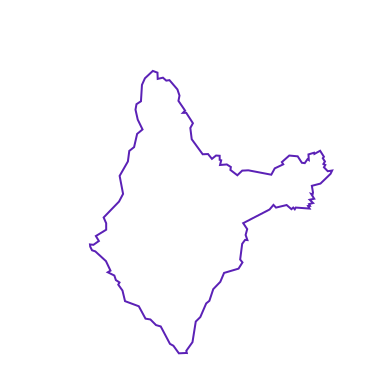 Debartsa, Debarca, North Macedonia, rotated 228°
{"feature_id": "65306769B78023528365293", "entity_name": "Debartsa", "entity_type": "district", "adm_level": 2, "iso_a3": "MKD", "parent_name": "North Macedonia", "parent_adm1": "Debarca", "projection": "natural_earth1", "projection_center": [20.818, 41.302], "detail": "fine", "context": "isolated", "style": "outline", "palette": "violet", "viewbox_px": 384, "rotation_deg": 228, "n_neighbors": 0, "source": "geoboundaries", "source_scale": "gbopen_adm2", "svg_char_len": 1733}
<svg xmlns="http://www.w3.org/2000/svg" viewBox="0 0 384 384"><g transform="rotate(228 192 192)"><path d="M76.4,79.8L75.8,80.4L77.8,81.5L80.1,91.9L93.2,108.1L93.5,114.5L99.7,128.0L99.5,132.1L105.6,142.8L106.3,152.9L110.4,161.7L103.9,175.3L105.9,182.4L109.6,182.6L119.9,194.6L120.9,199.4L119.2,201.0L124.2,203.1L127.5,208.2L134.6,209.2L127.1,237.9L127.9,243.9L124.2,244.0L119.0,253.6L112.7,254.4L112.7,256.8L110.4,256.8L111.0,258.7L101.0,268.3L103.9,268.9L102.7,270.4L104.7,270.9L102.8,274.6L107.5,274.3L105.2,278.3L110.9,279.3L109.6,280.1L110.7,281.6L116.4,285.2L112.3,293.1L112.8,307.1L114.2,310.5L116.6,306.8L122.1,306.6L122.9,309.2L124.9,308.4L125.7,311.2L129.6,311.8L129.9,313.6L136.9,314.8L138.4,308.4L139.5,309.0L142.0,303.7L137.6,300.2L139.1,299.8L138.0,295.1L140.2,293.2L147.8,294.4L154.0,288.7L154.1,278.8L151.5,278.3L154.2,269.3L151.8,262.5L170.4,248.4L174.3,243.6L174.1,236.9L182.7,235.3L184.6,237.6L189.2,236.3L193.3,230.9L196.0,234.9L197.4,234.1L200.4,236.8L203.0,234.3L203.3,229.0L209.5,229.3L212.9,225.2L231.4,227.1L240.7,233.6L242.5,238.7L254.7,240.7L256.9,238.2L257.1,241.3L268.8,242.9L272.0,247.2L278.0,249.8L290.2,250.1L292.0,247.4L296.4,246.9L299.0,242.2L303.8,246.2L308.2,243.9L308.0,233.1L305.1,226.5L293.6,214.8L294.4,209.5L291.0,205.1L282.1,200.1L271.6,197.1L271.9,190.1L264.1,179.0L264.5,172.9L257.6,164.8L252.4,149.0L236.7,139.5L233.7,131.3L232.2,109.3L226.2,107.3L221.4,103.0L223.6,91.1L217.9,90.0L218.7,83.4L221.3,81.1L219.5,79.8L215.6,78.7L212.6,80.4L198.2,81.8L188.1,78.8L188.7,75.7L181.9,78.4L177.5,76.5L173.3,77.6L172.5,75.2L165.3,74.4L155.7,69.2L142.7,76.0L129.0,72.7L125.1,75.8L117.2,76.2L113.0,78.8L93.9,74.0L90.2,75.3L80.9,74.3L76.4,79.8Z" fill="none" stroke="#5b21b6" stroke-width="2"/></g></svg>